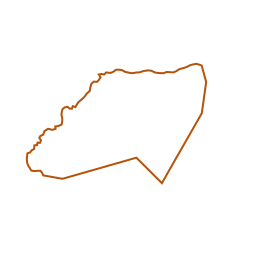 São Vicente do Seridó, Paraíba, Brazil, rotated 311°
{"feature_id": "56859067B58520113150503", "entity_name": "São Vicente do Seridó", "entity_type": "district", "adm_level": 2, "iso_a3": "BRA", "parent_name": "Brazil", "parent_adm1": "Paraíba", "projection": "mercator", "projection_center": [-36.456, -6.916], "detail": "fine", "context": "isolated", "style": "outline", "palette": "amber", "viewbox_px": 256, "rotation_deg": 311, "n_neighbors": 0, "source": "geoboundaries", "source_scale": "gbopen_adm2", "svg_char_len": 1170}
<svg xmlns="http://www.w3.org/2000/svg" viewBox="0 0 256 256"><g transform="rotate(311 128 128)"><path d="M36.6,95.1L46.7,111.9L111.1,153.8L108.6,189.8L134.2,184.6L146.5,182.2L187.6,174.0L213.9,156.9L223.5,142.6L222.2,139.3L221.1,137.3L218.4,135.2L215.8,133.5L212.9,132.4L210.0,130.8L207.8,129.3L205.5,127.9L202.4,127.1L199.5,125.6L197.8,123.2L195.6,120.4L192.7,118.9L190.2,115.9L187.7,112.2L186.5,108.0L184.7,105.4L181.6,102.7L177.2,99.9L175.2,97.7L172.9,96.0L171.3,94.1L168.5,89.1L167.6,85.1L166.2,83.1L164.2,80.8L161.1,80.1L158.2,78.8L155.6,75.1L152.7,74.9L151.5,72.6L149.2,70.9L148.3,74.0L144.9,74.5L142.5,74.3L140.6,71.8L137.5,71.3L133.8,73.0L130.8,74.8L126.7,74.3L122.9,74.7L120.5,74.5L117.5,74.0L114.7,73.6L112.1,74.0L109.3,74.6L108.2,72.0L105.8,73.0L104.3,71.1L104.3,68.3L102.0,66.7L99.3,66.2L96.5,67.6L94.4,69.0L92.5,71.7L90.3,73.7L87.0,75.6L83.6,74.0L81.5,72.1L79.8,73.9L76.9,72.0L75.0,68.2L70.8,67.0L67.3,68.4L64.6,67.1L62.4,67.5L61.6,70.4L59.0,71.3L57.6,69.3L55.4,70.6L53.5,68.7L50.6,70.9L47.8,69.9L45.3,70.2L42.9,68.7L38.5,71.7L35.7,74.6L34.3,76.9L32.5,82.8L33.6,85.0L38.3,89.9L37.9,92.5L36.6,95.1Z" fill="none" stroke="#b45309" stroke-width="2"/></g></svg>